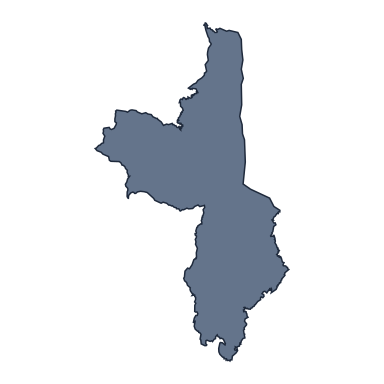 Amansie South, Ashanti, Ghana (Natural Earth projection)
{"feature_id": "2480657B37143689168174", "entity_name": "Amansie South", "entity_type": "district", "adm_level": 2, "iso_a3": "GHA", "parent_name": "Ghana", "parent_adm1": "Ashanti", "projection": "natural_earth1", "projection_center": [-2.012, 6.309], "detail": "fine", "context": "isolated", "style": "filled", "palette": "slate", "viewbox_px": 384, "rotation_deg": 0, "n_neighbors": 0, "source": "geoboundaries", "source_scale": "gbopen_adm2", "svg_char_len": 6043}
<svg xmlns="http://www.w3.org/2000/svg" viewBox="0 0 384 384"><path d="M95.2,148.5L97.1,150.7L101.1,152.2L103.0,154.2L108.6,156.6L109.4,160.3L110.9,161.3L119.4,161.6L121.2,163.2L122.0,165.1L123.2,165.3L124.8,166.6L125.6,168.6L127.3,170.3L127.1,172.4L128.4,175.1L128.3,176.4L129.6,176.3L127.6,179.0L126.8,182.0L125.4,184.3L125.8,186.2L127.7,188.3L127.9,190.1L127.2,191.9L127.1,196.4L127.7,197.9L128.4,198.2L128.6,195.5L130.8,192.9L132.8,192.1L133.8,192.4L134.6,193.4L135.7,193.4L137.4,191.9L140.5,191.3L144.2,191.7L147.2,192.5L153.7,198.4L154.8,200.3L161.1,203.2L163.1,202.2L166.8,203.3L168.7,205.1L169.9,205.1L171.8,206.0L172.4,205.7L174.2,207.3L176.2,207.7L176.5,208.8L178.8,208.8L179.9,210.8L180.5,211.0L182.5,209.6L183.6,209.8L186.9,208.2L188.7,208.9L192.7,208.5L194.8,206.4L198.0,205.0L199.8,206.6L204.4,205.4L204.7,207.5L203.1,209.7L203.8,212.8L203.0,215.5L202.3,216.2L202.7,217.0L201.8,218.0L202.0,219.2L201.3,220.4L201.9,222.6L201.7,224.0L200.9,223.8L197.9,225.8L197.5,227.1L196.9,227.3L195.8,231.1L196.4,232.4L196.2,233.6L195.1,233.6L195.2,235.0L196.5,236.1L196.3,237.7L195.3,239.3L196.0,242.0L195.5,244.2L197.4,248.2L196.3,252.8L196.5,256.8L196.0,257.7L196.4,258.0L195.8,258.9L194.8,258.9L193.8,259.8L192.1,264.7L189.5,268.7L187.6,268.1L185.0,271.1L184.4,277.2L183.7,278.2L184.6,280.8L186.6,282.5L187.5,285.3L190.3,287.8L190.0,289.0L190.4,290.8L192.0,293.3L193.1,294.0L192.1,295.5L194.6,295.0L194.8,296.6L195.6,297.3L195.6,299.6L194.6,301.9L195.8,303.2L194.8,305.3L194.7,311.5L195.7,312.1L196.9,311.9L197.8,313.5L197.3,315.4L195.8,315.5L194.3,318.1L193.4,322.4L194.1,322.6L194.5,321.4L195.1,321.3L194.2,326.2L195.2,329.1L197.5,331.2L198.5,331.2L198.7,332.4L199.9,332.8L201.0,334.3L200.1,339.1L200.8,340.0L201.2,343.9L204.9,345.7L206.2,345.6L206.8,344.9L205.7,343.5L206.0,340.6L207.0,340.2L210.1,341.4L211.7,340.8L212.5,341.6L214.2,339.2L215.5,338.7L215.6,336.8L217.2,334.9L218.0,336.6L219.5,337.3L220.1,338.6L221.4,338.2L223.3,339.2L225.4,343.6L225.0,344.9L222.4,342.8L220.5,342.5L219.9,343.0L218.7,348.5L218.9,351.9L219.9,354.3L222.6,357.1L224.0,357.4L224.0,358.8L226.3,358.8L226.2,359.7L226.7,359.3L227.2,360.5L229.4,360.3L230.0,361.0L230.7,359.8L231.9,359.9L232.4,356.1L236.0,353.0L237.6,350.6L237.1,348.7L236.0,350.2L234.9,350.1L234.5,349.0L235.4,348.1L235.3,346.8L237.0,347.7L237.3,346.7L239.4,346.1L239.6,344.8L240.8,344.1L239.9,343.6L240.1,342.7L241.0,342.5L241.3,341.0L243.0,338.5L244.9,337.9L244.3,334.9L244.7,334.2L244.0,333.7L243.5,330.1L244.4,329.4L244.1,327.8L246.5,324.9L246.6,323.9L244.5,321.2L245.2,318.8L248.0,317.3L247.1,316.1L246.8,313.8L246.1,312.7L246.2,311.9L245.3,311.4L243.7,311.7L243.5,309.9L244.5,309.8L244.8,308.8L244.0,307.5L245.0,307.3L246.5,308.7L247.5,308.4L248.0,309.0L250.4,309.2L251.0,308.1L251.9,308.0L252.6,306.9L254.1,306.3L254.5,305.0L255.2,304.8L257.7,301.5L260.6,299.7L260.5,297.9L261.2,296.9L262.8,297.7L264.0,296.3L263.7,294.6L262.0,293.7L263.4,291.7L264.9,291.3L266.8,292.9L268.8,290.0L269.6,290.3L269.7,288.8L270.9,289.4L271.2,288.5L271.6,289.2L271.1,290.5L271.8,291.1L271.3,292.7L276.1,289.4L277.1,287.3L276.9,286.2L278.1,285.7L277.9,284.8L279.6,283.5L279.5,282.7L280.7,282.5L281.0,280.4L281.8,279.8L281.7,279.0L284.9,275.4L284.3,274.4L284.8,274.0L284.8,272.8L288.8,269.5L287.7,268.7L287.5,267.4L286.5,267.1L285.8,266.0L283.3,265.7L283.0,264.8L284.0,262.6L282.4,262.1L281.3,257.9L280.4,257.6L280.7,256.8L280.4,256.6L279.8,257.3L279.0,257.0L279.0,255.7L277.5,256.0L277.3,255.0L276.7,254.5L278.0,253.2L278.0,252.5L278.8,251.8L278.2,251.2L279.2,250.4L277.8,249.4L278.1,248.8L277.5,248.4L277.7,247.6L276.8,247.1L276.5,245.4L274.8,242.5L275.3,241.6L275.2,239.9L274.5,239.5L275.0,238.6L274.0,235.4L273.5,235.4L273.8,236.7L272.9,236.2L270.8,236.4L270.6,235.9L272.2,233.4L271.9,232.8L272.8,231.7L273.7,226.5L275.9,224.8L275.2,222.9L273.9,223.0L272.1,220.1L273.4,220.1L272.9,219.4L274.0,216.9L275.1,216.3L276.8,213.7L277.7,213.4L278.6,214.0L277.9,212.7L278.5,211.9L279.8,211.9L279.9,210.3L273.9,206.5L269.6,198.1L250.5,189.2L243.1,184.0L245.3,162.0L244.5,139.8L242.5,133.8L242.1,124.7L239.7,116.4L241.7,104.9L241.3,84.3L243.3,78.4L241.3,69.2L242.9,60.0L241.7,49.5L241.3,39.4L237.9,32.5L229.1,30.4L226.6,31.2L219.9,28.3L217.9,29.4L216.2,28.9L215.9,29.5L217.3,31.6L216.9,32.4L214.9,32.5L213.5,31.0L213.0,31.1L212.3,29.9L210.7,29.4L210.1,28.1L207.4,28.5L207.0,26.0L207.6,25.4L206.6,24.4L206.4,23.5L205.3,23.0L205.1,24.0L204.3,24.4L203.9,25.2L205.3,25.9L205.1,26.6L205.8,29.9L208.0,36.6L209.2,38.5L209.5,41.5L211.1,43.6L211.1,44.4L208.5,48.1L207.6,52.2L207.4,54.6L208.3,60.4L205.2,64.6L206.6,71.1L205.5,72.6L204.5,73.0L204.3,75.3L201.7,78.0L198.0,80.3L196.0,83.1L193.6,84.1L188.4,88.1L190.4,89.3L190.9,88.7L192.1,89.4L192.4,88.4L195.9,88.8L196.9,90.7L196.6,91.3L197.3,91.3L197.8,92.5L196.5,92.5L196.6,93.5L194.7,93.7L194.4,94.6L192.2,96.3L191.8,95.7L192.5,94.8L191.4,95.2L191.3,96.6L192.0,97.4L191.6,97.8L190.3,98.2L188.0,97.0L188.1,98.7L186.8,98.6L186.4,99.4L185.7,99.4L185.1,98.3L183.8,97.5L183.0,98.0L182.4,99.5L181.0,99.0L180.1,99.8L179.3,102.6L180.4,102.4L180.6,106.3L182.4,108.0L183.2,110.4L181.9,111.6L182.2,112.4L180.7,113.1L181.1,114.5L180.2,115.0L179.8,116.7L178.4,117.9L178.5,119.3L177.9,119.5L178.6,120.4L177.4,120.7L177.7,121.7L177.2,122.1L178.1,123.2L180.1,123.2L180.1,124.1L181.1,123.6L181.4,124.9L182.6,124.9L182.8,126.1L180.8,126.9L180.7,128.2L181.4,128.2L180.6,129.0L180.7,130.0L179.8,129.2L179.5,127.2L179.2,127.6L178.7,126.9L178.2,127.6L177.0,127.4L175.9,125.7L174.6,125.6L173.8,124.5L172.8,124.7L172.2,123.4L168.7,124.6L166.5,124.1L163.5,125.4L161.2,121.9L157.6,119.2L157.4,118.4L156.3,118.4L152.9,116.8L151.3,114.6L147.9,114.0L145.8,112.7L141.8,113.8L137.4,112.0L136.1,110.6L132.0,109.9L130.2,110.2L127.5,112.2L125.8,111.4L116.8,110.1L115.6,111.1L116.0,112.0L115.4,113.6L115.5,115.9L114.9,118.8L114.9,121.7L116.4,122.8L116.2,124.4L114.1,128.3L111.6,129.5L110.2,129.0L109.2,127.4L104.0,128.2L103.3,129.5L103.5,131.5L103.0,133.3L104.8,136.1L103.5,139.8L103.5,142.8L101.5,143.5L100.3,144.9L98.7,145.5L96.3,148.1L95.2,148.5Z" fill="#64748b" stroke="#1e293b" stroke-width="1.5"/></svg>